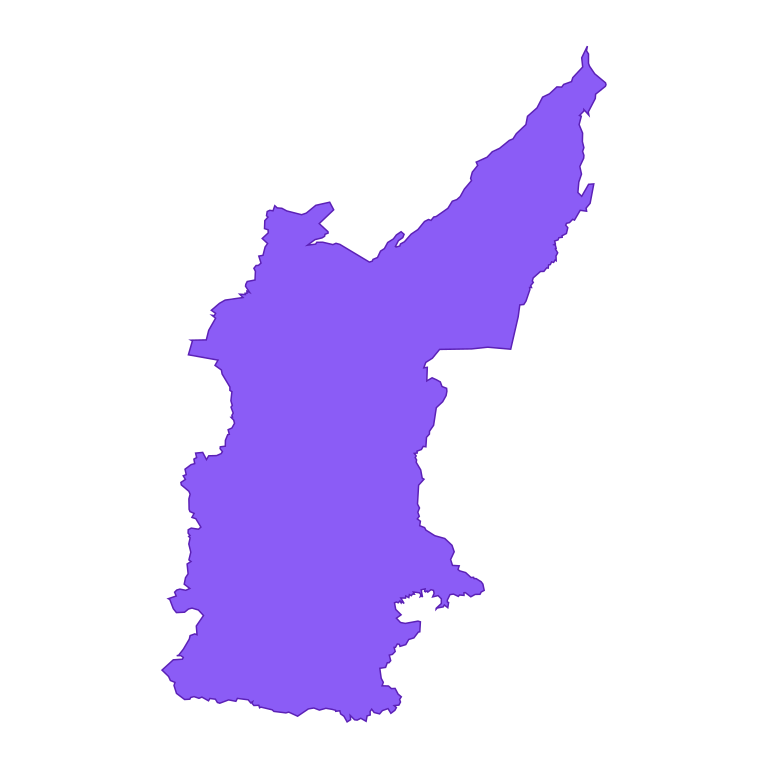 the district of Puebla, Puebla, Mexico
{"feature_id": "50627088B84847433271459", "entity_name": "Puebla", "entity_type": "district", "adm_level": 2, "iso_a3": "MEX", "parent_name": "Mexico", "parent_adm1": "Puebla", "projection": "mercator", "projection_center": [-98.163, 19.034], "detail": "fine", "context": "isolated", "style": "filled", "palette": "violet", "viewbox_px": 768, "rotation_deg": 0, "n_neighbors": 0, "source": "geoboundaries", "source_scale": "gbopen_adm2", "svg_char_len": 6112}
<svg xmlns="http://www.w3.org/2000/svg" viewBox="0 0 768 768"><path d="M417.2,453.0L417.0,451.2L421.4,449.5L423.2,446.4L425.9,446.8L426.5,437.3L429.4,434.1L429.5,431.2L433.6,425.3L436.3,407.7L442.7,401.7L446.1,395.6L446.9,391.2L446.6,388.3L442.0,386.5L440.3,381.9L436.5,379.8L432.1,377.8L426.8,380.9L427.3,367.3L423.8,367.8L425.8,362.4L432.4,358.2L439.6,349.4L471.7,348.9L487.7,347.2L510.7,349.2L518.2,316.7L519.8,304.9L523.8,304.5L526.0,301.1L529.9,289.6L529.6,287.5L531.5,287.5L530.7,285.6L533.3,282.4L532.3,281.0L533.2,277.9L540.4,271.5L543.9,271.4L546.6,267.9L548.2,268.1L548.6,264.9L550.3,264.6L551.6,261.9L553.6,262.4L555.1,260.0L556.2,260.7L556.0,256.0L557.7,252.8L555.4,248.9L556.2,248.4L555.3,245.0L554.1,244.7L555.4,243.9L554.6,241.0L558.0,239.9L558.9,237.7L562.2,237.3L562.1,235.7L566.4,233.5L567.8,227.7L565.7,225.2L566.5,223.3L569.5,222.6L572.7,219.3L574.5,220.1L580.2,210.3L586.6,211.2L586.1,208.1L590.1,203.3L593.8,183.9L588.6,184.3L581.7,196.3L577.9,192.5L578.8,182.1L581.5,174.1L579.8,166.5L583.7,158.2L583.9,155.3L582.6,151.4L583.9,147.7L582.4,141.6L582.6,133.1L579.1,124.6L581.3,116.2L579.5,115.5L583.9,111.0L583.9,109.6L588.9,115.2L588.3,111.9L595.3,98.5L595.6,94.2L605.4,86.3L606.0,84.7L605.5,82.8L594.7,73.8L589.6,66.3L588.5,63.4L588.5,54.0L586.5,50.8L587.4,46.1L581.7,57.8L582.7,67.0L572.8,77.6L571.5,81.6L563.7,84.4L561.7,87.1L556.9,86.9L549.5,93.8L542.6,97.1L537.0,107.9L527.5,116.3L525.9,124.6L516.3,133.7L513.0,138.9L509.3,140.4L499.6,148.3L492.3,151.7L487.1,157.2L476.2,162.1L477.7,165.4L472.3,172.1L470.6,178.4L471.5,180.6L464.4,189.0L460.2,196.6L456.8,199.6L452.3,201.2L447.9,208.3L436.2,216.5L433.7,217.0L431.0,220.4L428.5,219.5L424.5,221.5L417.9,229.6L411.2,234.1L404.4,241.8L400.4,244.0L399.8,246.0L396.1,247.0L395.4,246.5L398.4,240.7L402.8,237.6L404.1,234.3L401.1,231.7L396.4,234.9L393.4,238.9L387.7,242.5L384.4,248.6L380.5,251.1L377.5,257.5L373.0,259.4L372.3,261.1L369.4,262.1L339.9,244.4L336.0,243.3L332.9,244.6L322.7,242.2L316.8,242.3L315.6,244.1L307.5,245.2L315.0,239.6L322.0,237.9L324.6,236.3L325.0,234.3L328.1,233.1L328.0,231.7L319.2,223.6L333.7,209.8L329.7,202.2L315.8,205.3L306.3,213.1L301.6,214.7L286.7,210.9L281.9,208.3L277.2,207.9L274.8,205.7L273.0,210.8L269.8,210.3L267.2,211.5L266.5,215.7L268.0,217.1L264.8,220.6L264.5,228.6L268.1,229.8L268.2,232.9L262.2,238.5L267.6,243.5L265.1,247.0L263.0,255.3L258.8,256.1L261.0,263.1L258.4,265.4L256.1,265.5L253.9,268.3L255.4,271.3L255.0,280.0L247.2,281.5L245.8,284.3L245.5,286.2L249.6,292.4L246.9,291.1L247.0,293.2L245.1,293.3L245.4,294.5L239.7,294.2L243.0,297.5L225.1,300.1L219.5,303.3L211.3,310.3L215.6,313.3L214.3,315.6L212.0,315.3L215.6,318.2L208.7,330.3L206.3,339.9L191.1,340.2L192.4,340.9L188.4,354.8L218.0,360.1L215.0,365.4L221.4,370.0L222.1,374.0L229.9,387.0L229.9,390.4L231.9,391.7L230.9,400.8L232.3,405.4L231.0,407.1L233.2,413.1L231.9,415.3L232.5,417.0L231.0,417.3L233.7,420.1L234.5,423.3L231.9,428.0L228.1,429.7L229.3,434.3L227.7,434.7L225.4,440.3L225.3,446.2L220.3,446.8L220.1,448.7L222.4,451.6L221.2,453.6L216.6,455.6L208.7,455.8L206.5,459.6L202.7,452.4L195.6,453.1L196.6,457.6L193.9,459.1L194.7,463.6L191.1,464.6L185.0,469.2L186.2,474.6L183.2,475.8L185.4,479.4L180.9,482.4L181.3,484.9L188.9,491.3L190.1,494.2L188.9,498.9L189.1,509.4L190.0,511.6L194.1,513.4L191.9,517.4L195.8,518.7L200.9,527.1L198.5,529.2L191.2,528.1L188.2,529.8L188.1,533.1L190.0,535.5L188.7,536.4L190.1,537.9L188.8,544.0L190.8,552.2L188.9,559.9L191.0,561.5L187.1,564.0L188.1,573.8L185.5,577.7L184.2,584.2L189.8,588.5L185.8,590.3L179.9,589.1L176.8,590.0L174.6,592.2L176.2,596.0L168.3,598.7L169.8,599.5L173.3,608.7L176.4,612.6L184.6,612.2L188.5,609.0L192.0,608.1L198.4,610.0L203.5,615.5L196.3,626.0L197.0,634.7L194.8,633.9L190.1,635.6L189.3,639.1L183.4,649.1L178.6,655.3L176.7,655.7L180.7,655.6L183.3,657.4L182.4,659.2L173.3,659.8L162.0,670.1L168.6,676.5L170.4,680.5L175.0,682.4L174.0,685.5L176.5,693.4L184.6,699.5L189.8,699.2L190.7,697.5L194.0,696.6L199.0,698.3L201.9,697.1L208.5,700.8L209.9,698.5L215.4,699.2L217.4,702.5L219.8,703.2L228.6,699.9L235.9,701.3L237.4,698.4L248.2,699.8L250.7,702.9L252.6,701.7L252.0,703.3L253.9,705.5L258.8,705.3L259.6,707.8L260.9,707.1L272.2,709.8L273.9,711.4L285.9,712.9L288.7,712.1L297.6,716.2L308.4,708.9L313.9,708.0L319.4,710.1L325.9,708.3L331.9,709.3L335.6,710.3L335.7,711.3L339.8,710.8L340.6,713.9L343.9,716.2L347.1,721.9L350.6,719.7L350.2,715.4L354.6,719.8L357.2,720.1L360.8,718.3L366.1,721.3L367.1,715.9L370.2,715.0L370.1,711.5L371.7,709.2L374.1,712.5L379.6,713.9L382.4,710.6L388.0,708.6L390.9,713.3L394.9,710.3L396.4,707.6L394.2,705.6L398.9,705.1L400.5,702.0L399.6,699.4L401.3,696.8L398.1,694.1L395.1,688.4L391.4,688.6L388.5,686.0L382.1,685.8L383.3,682.3L381.2,678.3L379.8,668.3L385.6,667.4L387.3,662.7L388.9,662.8L390.7,660.7L389.3,655.1L392.4,654.4L395.2,651.5L394.1,647.4L395.5,647.3L397.3,644.0L399.3,644.3L400.0,646.4L405.8,644.6L408.7,639.5L413.9,637.9L418.3,632.1L419.8,631.8L420.4,621.8L418.0,621.1L405.3,623.4L400.5,622.5L396.4,618.2L401.1,614.8L395.7,609.4L394.5,602.8L396.5,602.0L398.2,602.8L400.0,600.9L401.2,603.0L402.0,601.7L404.1,603.5L400.8,598.0L405.5,598.1L405.8,596.0L408.8,597.6L409.4,594.6L411.3,595.7L412.5,594.1L414.4,594.2L413.3,592.0L419.5,592.8L421.0,594.8L420.3,596.6L421.6,595.9L422.5,597.1L421.2,589.8L425.1,588.9L424.6,591.3L425.5,591.9L427.0,591.0L427.8,592.1L431.0,589.7L433.5,590.4L434.1,593.3L432.6,596.9L438.1,595.6L441.3,598.8L441.3,603.5L436.2,608.3L436.1,609.2L437.2,608.0L443.2,606.9L444.3,605.0L447.8,607.7L448.6,602.5L447.4,602.0L447.3,600.2L450.0,594.6L453.5,594.1L458.3,596.4L459.5,595.0L464.0,595.4L464.0,592.7L465.3,592.6L470.8,596.8L475.2,594.4L480.0,594.3L481.2,592.0L484.2,590.4L482.9,584.1L481.2,581.8L476.1,578.6L474.1,578.6L473.6,577.3L471.0,577.5L465.7,572.6L459.6,570.8L458.0,569.5L459.2,565.8L452.5,565.4L450.6,559.5L454.2,551.8L452.0,545.3L444.8,538.5L434.8,535.7L425.9,530.1L424.6,527.6L419.7,525.7L420.4,521.2L417.3,518.9L419.3,516.3L417.8,512.2L419.5,508.0L417.5,504.0L418.6,485.2L424.0,479.2L422.2,478.1L420.7,469.9L416.2,462.3L416.6,459.9L415.2,457.6L416.2,455.9L414.3,453.4L417.2,453.0Z" fill="#8b5cf6" stroke="#5b21b6" stroke-width="1.5"/></svg>